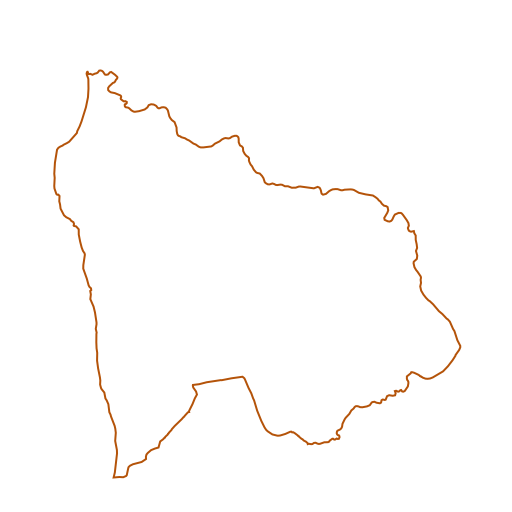 the district of Mecufi, Cabo Delgado, Mozambique, rotated 173°
{"feature_id": "85939544B73793826279493", "entity_name": "Mecufi", "entity_type": "district", "adm_level": 2, "iso_a3": "MOZ", "parent_name": "Mozambique", "parent_adm1": "Cabo Delgado", "projection": "albers", "projection_center": [40.384, -13.265], "detail": "fine", "context": "isolated", "style": "outline", "palette": "amber", "viewbox_px": 512, "rotation_deg": 173, "n_neighbors": 0, "source": "geoboundaries", "source_scale": "gbopen_adm2", "svg_char_len": 6011}
<svg xmlns="http://www.w3.org/2000/svg" viewBox="0 0 512 512"><g transform="rotate(173 256 256)"><path d="M96.3,261.5L99.1,261.2L100.2,261.7L101.2,262.5L101.8,264.6L101.8,265.4L100.6,267.4L100.7,270.1L102.0,273.2L105.1,278.9L106.2,280.5L107.0,281.1L109.2,281.4L113.1,280.2L114.4,278.6L116.3,275.5L117.5,274.4L119.2,273.9L121.0,274.4L123.9,276.2L124.1,278.1L120.4,282.9L119.2,285.2L119.4,288.5L120.5,289.5L122.9,290.4L124.7,292.5L125.9,294.9L127.3,296.2L128.4,298.0L130.2,299.8L132.6,301.8L139.7,303.8L146.2,306.2L150.6,309.5L151.9,310.1L153.9,310.6L159.9,311.0L162.2,310.7L163.6,310.9L166.8,312.4L168.7,312.7L171.7,312.8L173.2,312.4L175.4,311.5L179.0,309.1L182.0,308.7L183.2,309.8L183.4,310.5L183.6,313.1L184.2,315.3L184.7,316.1L186.4,317.1L190.3,316.1L203.6,319.6L205.0,319.7L208.2,319.0L212.2,319.4L215.7,321.3L218.8,321.7L221.4,323.5L223.1,323.9L226.3,323.8L227.8,324.2L229.1,325.2L230.9,326.0L233.8,325.4L235.5,325.7L237.2,326.9L238.3,328.1L239.1,332.3L240.3,334.8L241.7,336.7L242.2,337.4L244.7,338.3L245.8,339.1L247.7,342.0L249.0,345.6L250.2,347.4L251.1,350.1L251.4,351.6L251.0,353.9L251.7,355.2L253.4,356.7L254.8,358.8L255.9,361.7L255.8,365.1L256.7,366.5L258.4,367.7L258.7,368.7L259.3,371.0L258.9,374.6L259.1,376.1L259.9,377.1L260.7,377.7L262.4,377.9L265.2,377.4L267.5,376.2L268.9,376.0L271.9,376.8L273.5,376.6L275.7,375.8L278.2,374.2L283.1,372.5L285.6,370.8L287.1,370.2L295.1,370.2L297.9,370.6L299.5,371.5L302.2,374.0L304.4,375.2L308.3,378.8L310.3,380.0L312.1,381.5L315.8,383.1L316.3,383.8L318.2,384.7L318.8,385.4L319.3,386.8L319.5,389.7L319.2,393.2L320.5,398.8L323.0,401.2L324.2,403.2L325.0,405.1L325.7,411.0L326.2,412.3L327.6,414.2L329.4,414.9L330.7,415.0L331.7,415.0L333.7,414.4L334.8,414.5L335.7,415.3L336.7,417.1L337.9,418.0L339.1,418.8L341.6,419.4L344.1,418.8L345.7,416.7L348.6,415.0L354.4,414.0L358.7,413.9L360.0,414.3L361.9,415.7L363.8,418.0L364.8,418.8L367.3,419.6L367.9,420.5L367.9,422.1L367.5,422.6L366.7,422.7L365.6,423.6L365.5,424.7L366.8,425.6L368.3,425.6L369.1,426.2L371.0,428.1L371.1,429.0L370.4,430.3L370.5,431.2L371.0,431.9L376.3,434.9L380.0,436.1L381.4,437.2L382.5,438.7L382.3,440.8L381.0,442.3L377.0,445.2L375.7,445.5L374.7,446.2L373.7,447.8L372.3,449.0L371.8,449.9L371.9,450.7L373.8,453.0L377.3,456.3L378.6,456.1L380.8,454.2L382.8,454.1L383.9,454.6L385.4,457.6L386.3,458.5L387.6,459.1L389.0,459.1L390.8,457.3L392.0,456.8L393.8,456.6L396.2,455.8L398.3,457.0L399.8,456.9L400.4,457.2L400.7,457.8L400.4,458.6L400.7,459.4L401.0,459.4L401.4,459.0L401.9,457.7L401.8,456.4L400.9,452.7L400.9,451.5L401.9,442.4L403.4,434.1L406.7,424.3L412.8,410.8L415.3,406.1L418.2,401.7L418.8,399.9L427.5,392.2L429.9,391.1L433.6,389.8L434.4,389.2L436.8,388.5L438.9,387.5L440.5,385.8L444.2,373.1L446.2,362.2L446.3,358.1L447.7,350.1L447.8,347.6L446.6,341.9L445.8,341.0L444.7,341.0L443.7,339.5L444.6,334.2L444.2,331.1L444.2,326.8L441.6,319.8L439.6,317.6L436.2,315.3L435.1,313.4L433.1,311.8L432.7,310.0L433.3,308.5L433.0,308.0L430.9,307.3L428.7,304.1L429.3,298.9L428.8,291.8L428.0,285.6L427.1,282.1L425.8,279.5L425.7,278.1L428.5,268.0L429.0,264.5L426.7,254.2L425.7,247.3L425.1,245.7L423.7,244.0L423.7,242.2L424.8,241.5L424.6,238.0L425.7,233.4L423.4,225.6L422.7,219.6L422.4,209.5L422.6,207.7L423.9,203.2L423.5,199.4L423.9,198.1L425.0,189.9L425.5,183.8L425.4,179.2L426.5,171.5L426.4,163.6L425.7,154.5L425.7,151.4L426.4,147.4L425.9,143.8L425.5,142.7L423.2,139.0L422.8,132.9L421.8,130.9L420.6,126.9L420.6,118.8L419.7,116.2L419.5,114.5L417.0,104.6L416.7,101.7L416.7,97.6L418.3,89.6L417.7,80.4L418.0,77.0L422.5,58.3L424.3,53.5L418.6,53.3L414.7,52.6L411.7,53.5L411.0,54.2L408.5,61.4L408.1,62.1L406.6,63.2L403.5,64.3L394.6,65.5L389.9,67.9L389.7,70.3L388.9,72.3L387.4,73.7L383.8,76.1L379.8,77.2L376.1,77.8L373.7,83.6L370.2,85.6L369.8,86.2L368.4,86.9L368.2,87.5L365.3,89.6L365.0,90.3L364.3,90.6L364.0,91.2L361.1,93.6L360.7,94.3L357.4,97.2L349.6,103.1L347.6,104.9L346.8,105.3L346.4,105.9L342.8,109.0L342.2,109.3L341.4,109.3L341.5,110.0L340.3,111.9L337.1,116.7L334.1,122.1L331.5,125.7L332.0,128.8L334.3,133.1L334.5,135.0L334.3,135.7L328.0,135.7L320.3,136.7L306.0,137.1L305.2,136.9L295.3,137.6L284.1,137.8L282.5,136.1L282.0,134.8L279.5,126.0L277.4,120.3L276.2,115.0L275.5,113.0L273.7,102.4L270.8,91.6L268.4,84.8L267.1,82.2L265.8,80.6L261.5,76.9L256.8,75.1L255.4,74.9L253.8,74.9L248.6,75.8L243.4,77.4L242.2,77.3L241.6,76.5L240.5,76.5L239.2,75.5L236.4,72.8L236.2,72.3L235.6,72.1L235.3,71.4L233.0,68.9L232.2,68.5L231.2,67.1L229.0,65.6L227.5,63.8L227.5,63.0L226.5,63.2L224.1,62.5L222.9,62.5L221.3,63.4L219.6,63.4L217.9,62.3L216.6,61.8L215.3,61.8L210.8,62.8L207.3,62.4L205.9,62.9L205.4,63.7L202.5,65.3L201.7,65.2L201.0,64.4L200.1,64.1L198.1,65.0L197.4,64.5L196.1,64.4L195.2,65.9L195.2,67.1L195.6,67.9L196.5,68.2L197.2,69.0L197.5,70.3L197.0,72.0L196.3,72.7L193.6,73.6L192.4,74.5L191.4,76.0L190.6,78.9L187.9,83.1L186.7,84.5L182.6,87.9L180.2,91.1L177.7,92.7L176.7,93.9L175.5,94.7L174.1,94.7L172.6,94.2L171.1,93.3L168.9,92.9L164.2,93.2L161.3,94.0L159.0,96.5L158.2,96.8L156.2,96.9L154.3,95.7L151.0,94.7L149.7,95.3L149.0,97.5L148.3,97.9L147.6,98.1L145.7,97.4L144.8,97.6L143.0,100.9L142.4,101.1L140.8,101.6L137.3,100.6L134.9,100.8L134.1,102.9L134.6,105.0L133.4,105.2L131.5,104.0L130.3,104.2L129.1,105.2L128.3,105.3L127.5,103.8L126.9,103.5L126.2,103.4L124.8,103.9L121.2,108.0L120.3,110.9L120.1,112.4L120.5,113.8L121.0,114.5L121.2,115.8L120.9,118.1L116.7,120.7L116.1,121.7L115.4,121.7L113.4,120.9L109.7,118.6L108.3,117.5L107.9,116.8L107.0,116.5L106.6,115.8L105.8,115.5L105.4,115.0L102.7,113.6L100.6,113.2L98.2,113.2L95.4,113.9L84.4,118.7L78.9,123.2L73.6,128.6L70.2,132.7L70.0,133.4L65.8,138.0L64.4,140.4L64.2,141.9L66.4,147.9L68.2,157.3L69.3,159.6L71.6,167.2L73.4,169.8L74.4,170.6L78.1,175.7L81.2,179.0L86.1,186.5L89.1,190.1L90.2,190.9L92.4,193.8L94.5,197.3L96.3,201.5L96.7,205.8L95.5,209.2L95.5,212.3L94.9,214.3L95.0,215.6L97.6,220.7L98.8,222.6L100.1,225.6L100.5,229.6L100.1,231.1L96.7,233.5L95.9,236.7L96.6,241.5L95.1,244.4L95.1,248.1L95.5,252.5L95.0,256.9L96.1,259.3L96.3,261.5Z" fill="none" stroke="#b45309" stroke-width="2"/></g></svg>